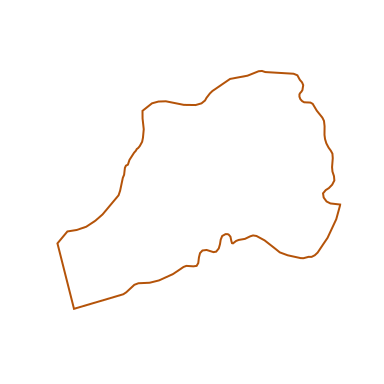 SVG path tracing the border of Sa`dah, rotated 163°
{"feature_id": "YEM-150", "entity_name": "Sa`dah", "entity_type": "Governorate", "adm_level": 1, "iso_a3": "YEM", "parent_name": "Yemen", "parent_adm1": "", "projection": "equal_earth", "projection_center": [43.78, 17.066], "detail": "fine", "context": "isolated", "style": "outline", "palette": "amber", "viewbox_px": 384, "rotation_deg": 163, "n_neighbors": 0, "source": "natural_earth", "source_scale": "10m", "svg_char_len": 1669}
<svg xmlns="http://www.w3.org/2000/svg" viewBox="0 0 384 384"><g transform="rotate(163 192 192)"><path d="M96.6,95.0L99.4,95.9L104.8,96.1L107.4,97.0L119.0,103.5L125.7,108.6L128.6,112.9L136.7,124.5L143.2,131.1L146.3,132.6L149.2,132.6L155.1,131.7L161.3,132.5L164.1,132.3L167.8,130.9L168.7,131.4L168.7,133.7L168.3,138.0L169.0,139.7L169.5,140.7L170.4,141.3L172.3,141.9L176.0,141.1L178.5,138.0L180.5,133.9L182.9,130.2L186.3,127.9L189.0,128.2L195.0,132.3L199.1,133.0L202.2,131.2L204.5,127.4L206.8,122.2L209.2,120.0L212.4,120.5L219.0,123.0L222.0,122.8L234.1,119.1L249.4,117.1L259.0,117.6L269.9,120.4L274.3,120.1L284.2,115.3L287.6,114.3L319.6,114.6L339.0,114.8L335.7,182.2L322.7,190.7L313.4,189.4L303.3,189.7L292.8,192.8L284.1,196.7L263.2,210.3L260.4,214.2L254.0,225.8L251.9,228.3L249.1,234.7L247.5,236.5L245.3,236.9L242.4,241.0L235.9,246.5L233.6,247.9L232.3,249.2L230.6,249.8L228.5,251.2L225.0,254.6L223.0,258.3L219.8,266.1L217.8,276.7L215.6,284.1L204.3,288.5L197.6,288.3L190.5,286.4L174.3,277.7L163.1,274.1L157.0,274.0L152.8,275.7L150.6,277.8L146.1,281.0L143.0,282.6L122.5,289.0L104.9,287.0L93.0,288.0L89.7,287.3L86.9,285.3L60.3,275.4L57.1,272.8L56.1,267.8L54.7,264.6L54.4,261.7L56.6,257.2L58.1,255.9L59.5,255.1L60.7,254.0L61.4,251.7L61.2,249.0L60.1,246.7L58.5,245.0L52.6,242.9L50.8,241.0L48.9,233.3L45.6,225.0L45.0,221.4L46.0,216.1L48.6,207.9L49.3,203.8L49.3,199.2L48.4,194.5L47.2,191.0L46.5,187.6L47.5,183.2L50.8,174.8L51.7,170.5L51.6,165.6L52.5,161.4L55.8,158.0L60.0,155.7L63.6,154.7L67.1,152.4L67.7,148.2L66.1,143.6L63.0,140.6L54.0,136.7L54.4,135.8L62.0,123.8L75.8,108.5L81.9,103.6L89.6,97.3L93.1,95.6L96.6,95.0Z" fill="none" stroke="#b45309" stroke-width="2"/></g></svg>